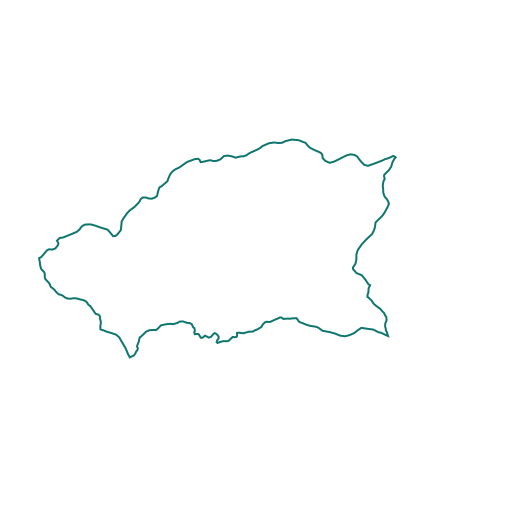 Udzorong, Tashigang, Bhutan (Equal Earth projection), rotated 46°
{"feature_id": "84629894B96484165118210", "entity_name": "Udzorong", "entity_type": "district", "adm_level": 2, "iso_a3": "BTN", "parent_name": "Bhutan", "parent_adm1": "Tashigang", "projection": "equal_earth", "projection_center": [91.44, 27.228], "detail": "fine", "context": "isolated", "style": "outline", "palette": "teal", "viewbox_px": 512, "rotation_deg": 46, "n_neighbors": 0, "source": "geoboundaries", "source_scale": "gbopen_adm2", "svg_char_len": 5228}
<svg xmlns="http://www.w3.org/2000/svg" viewBox="0 0 512 512"><g transform="rotate(46 256 256)"><path d="M140.2,275.4L139.6,277.9L140.8,280.3L142.6,283.3L144.0,285.3L143.7,288.3L142.4,291.1L140.3,293.1L137.7,294.4L136.1,295.9L135.2,297.0L134.9,299.0L136.1,302.7L136.3,309.4L135.5,315.2L135.7,319.2L136.9,325.4L137.9,328.8L140.1,331.2L143.5,335.3L144.2,340.7L144.0,343.2L142.5,345.0L137.4,344.6L133.9,344.5L131.7,345.7L127.6,348.0L122.4,350.6L118.8,352.7L117.2,354.2L114.7,357.1L113.8,359.7L113.9,362.4L114.3,364.1L114.2,367.9L112.7,371.9L111.3,375.4L108.7,381.9L106.7,384.6L106.7,386.2L106.7,388.5L109.5,389.3L110.5,390.6L111.2,395.0L109.7,398.3L107.5,400.1L106.7,402.3L107.0,405.5L107.4,408.6L107.5,411.7L106.8,413.4L108.1,414.4L110.6,416.0L111.8,417.0L113.4,418.1L114.7,418.8L115.9,419.4L117.3,419.7L118.6,419.5L119.4,419.5L120.4,419.6L121.2,419.9L122.5,420.7L123.1,421.2L123.6,421.8L124.2,422.5L125.7,423.3L126.6,423.6L128.0,423.6L130.8,423.6L132.8,423.9L133.5,424.1L134.6,424.7L135.3,425.0L136.3,425.0L137.4,424.8L138.2,424.6L138.9,424.6L140.3,424.5L140.9,424.5L141.6,424.5L142.5,424.7L143.2,424.7L144.0,424.7L145.6,424.7L147.1,424.2L148.6,423.2L149.8,422.7L151.7,422.4L152.6,422.3L153.7,422.0L154.7,421.6L155.5,421.2L157.1,419.9L158.1,418.8L159.1,417.4L159.7,416.6L160.3,415.9L160.9,415.3L162.2,414.3L165.4,412.5L166.9,411.4L168.6,410.5L169.5,410.1L170.4,409.9L171.1,409.9L171.9,409.9L172.9,410.0L173.7,410.3L174.5,410.4L175.8,410.3L177.0,409.9L177.7,410.2L179.1,410.3L180.1,410.5L181.0,410.7L181.7,410.8L182.4,410.9L183.8,411.1L184.5,411.3L185.9,411.4L186.8,411.3L187.6,410.7L188.6,410.1L189.8,410.0L190.5,410.1L191.6,410.6L192.4,411.2L193.0,412.0L194.3,412.6L195.4,413.2L196.2,413.9L197.0,414.9L197.7,415.8L198.2,416.5L199.1,417.5L200.7,418.8L202.0,418.3L203.5,417.3L206.3,416.2L210.5,413.8L215.3,411.3L219.4,410.9L225.2,412.3L232.1,414.0L237.9,416.3L241.3,417.2L241.9,415.1L242.7,413.1L242.4,410.7L241.5,408.7L241.3,406.6L240.3,405.1L238.3,404.3L237.3,402.4L236.1,399.7L234.8,397.9L233.8,396.1L234.1,394.2L234.1,387.5L235.4,384.1L237.2,382.1L238.9,380.2L239.9,379.3L240.1,376.4L239.8,372.7L241.2,370.3L243.1,367.4L245.4,364.6L246.3,364.1L248.0,362.0L249.7,358.8L250.1,356.6L252.3,354.0L256.1,352.1L258.3,350.2L260.5,349.6L262.3,350.2L263.7,350.7L265.1,350.4L266.6,351.4L267.5,352.1L268.1,353.6L269.8,354.3L270.6,353.2L271.7,352.0L272.8,351.6L274.0,351.9L276.4,352.5L277.6,351.3L277.8,349.1L278.0,347.9L280.0,347.3L281.9,346.7L282.9,344.5L282.7,342.4L282.5,340.6L282.7,339.3L283.8,338.9L284.5,338.7L286.6,338.6L288.1,338.9L289.2,340.1L289.8,342.7L290.6,344.1L291.8,344.1L292.7,342.1L294.4,338.8L295.9,337.3L297.5,335.7L298.0,334.3L298.0,332.7L298.0,331.8L298.0,330.4L298.0,329.1L299.4,328.0L300.6,326.4L300.3,325.1L298.2,323.1L299.0,321.8L300.6,320.5L302.9,318.7L303.5,317.4L305.4,313.9L307.8,311.2L308.3,310.5L308.8,307.9L309.4,307.0L309.9,305.2L310.4,303.3L310.8,301.4L310.4,300.4L310.0,299.1L309.9,297.5L310.0,295.4L310.6,294.1L311.9,293.0L313.2,291.8L313.7,290.3L314.6,287.7L315.5,285.2L316.3,283.4L316.8,281.4L318.1,280.4L320.2,280.1L323.0,276.7L324.4,275.5L326.2,273.1L328.8,270.1L330.1,270.2L333.4,270.7L337.2,268.9L340.9,267.3L344.3,265.3L348.0,262.4L350.6,261.0L356.0,260.1L361.7,256.0L366.7,253.0L371.6,250.9L375.6,247.7L377.9,243.7L379.7,238.7L380.1,234.3L380.9,230.1L386.3,226.0L390.3,222.8L396.3,220.7L397.9,219.4L401.6,218.1L405.3,216.6L401.3,214.6L400.0,214.4L398.3,213.1L396.3,212.0L394.5,210.1L393.4,208.0L393.0,206.8L392.0,205.9L390.1,204.5L388.9,204.5L387.2,203.8L385.3,203.4L383.5,203.6L381.0,203.3L380.3,203.3L379.0,203.6L375.5,204.2L374.6,204.3L372.0,204.5L368.2,203.8L363.5,204.0L362.9,204.3L361.6,203.0L360.3,200.5L357.5,197.5L356.3,194.2L354.6,194.7L352.4,194.4L349.4,193.8L343.2,193.3L338.0,195.6L332.8,195.3L331.6,194.2L331.0,191.4L330.6,189.7L328.3,186.3L324.6,182.7L322.4,178.6L321.1,172.0L321.0,170.4L320.7,165.3L320.9,157.3L319.4,153.2L318.2,150.9L314.9,146.6L314.9,145.6L314.9,141.7L314.9,139.3L314.8,136.9L314.6,136.0L314.1,133.4L312.4,127.9L310.8,124.1L308.5,123.0L306.6,122.5L304.7,122.3L303.6,122.3L302.8,122.2L302.1,122.0L300.3,121.2L299.4,120.7L298.8,120.4L296.6,118.4L294.8,117.0L293.4,115.9L291.6,113.5L290.6,112.0L289.9,109.8L288.4,109.0L287.5,108.4L286.7,107.4L286.6,104.2L286.6,101.2L286.4,99.9L286.0,98.5L285.7,96.7L284.0,93.9L283.3,92.5L282.9,91.3L282.3,89.0L282.0,87.0L279.4,87.7L278.7,89.7L277.8,92.5L276.1,95.7L274.9,99.2L271.8,106.5L268.9,112.8L265.8,114.8L262.1,114.9L258.2,114.6L254.8,114.1L251.8,114.9L248.6,117.3L246.7,120.6L245.3,124.8L243.7,130.1L242.2,134.6L240.1,138.3L235.8,140.1L231.8,140.0L229.3,138.0L227.0,137.7L224.8,138.5L219.8,140.6L215.5,142.0L212.7,142.1L208.9,141.8L205.9,143.3L202.4,144.8L197.0,149.5L193.9,154.9L192.6,158.7L190.2,161.5L187.1,163.9L183.8,168.5L181.4,175.1L181.2,177.9L180.1,182.0L179.0,184.9L177.7,188.4L177.3,190.2L176.9,193.0L175.4,196.1L173.9,197.5L172.3,200.2L171.0,202.5L167.9,203.9L164.1,206.6L161.9,209.6L161.7,214.7L160.4,217.9L158.7,220.2L155.2,222.5L153.3,225.5L151.7,228.2L150.5,230.0L150.0,230.6L149.2,230.4L148.0,229.8L145.9,230.1L143.9,232.5L140.5,240.2L139.0,249.9L137.6,253.9L137.3,256.2L137.2,258.7L137.6,261.0L139.3,265.1L140.6,267.6L140.5,271.3L140.2,275.4Z" fill="none" stroke="#0f766e" stroke-width="2"/></g></svg>